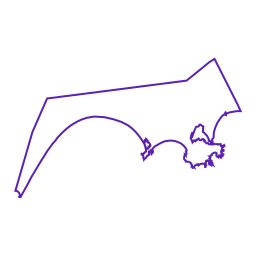 outline of Al Burayqah, `Adan, Yemen
{"feature_id": "15242507B61395835555859", "entity_name": "Al Burayqah", "entity_type": "district", "adm_level": 2, "iso_a3": "YEM", "parent_name": "Yemen", "parent_adm1": "`Adan", "projection": "equal_earth", "projection_center": [44.818, 12.796], "detail": "fine", "context": "isolated", "style": "outline", "palette": "violet", "viewbox_px": 256, "rotation_deg": 0, "n_neighbors": 0, "source": "geoboundaries", "source_scale": "gbopen_adm2", "svg_char_len": 5962}
<svg xmlns="http://www.w3.org/2000/svg" viewBox="0 0 256 256"><path d="M214.5,58.9L209.3,62.2L186.6,80.6L47.1,98.5L32.4,132.1L15.4,190.8L16.7,191.0L17.9,191.6L19.0,192.7L19.7,194.2L19.9,195.5L19.1,196.8L19.4,197.1L20.7,197.0L21.0,196.2L27.2,185.1L31.6,176.7L40.6,161.7L47.2,151.2L52.3,144.1L55.5,140.5L57.4,137.7L61.9,133.0L66.7,128.6L71.1,125.2L77.2,121.6L81.7,119.5L86.8,117.8L92.6,116.8L95.2,116.6L104.5,117.2L113.6,119.3L121.3,121.9L128.1,125.4L131.8,128.2L135.7,132.0L138.1,134.8L141.6,139.5L144.4,144.0L143.2,141.8L143.3,141.4L143.9,141.4L144.3,141.8L144.4,142.1L144.8,140.6L145.1,140.9L145.1,140.5L145.5,140.3L145.4,140.1L145.5,139.9L145.6,140.0L145.5,140.5L145.8,140.5L145.7,140.2L145.9,140.5L146.1,140.0L146.1,139.5L146.4,139.5L146.4,139.2L146.6,139.4L147.7,140.9L147.5,141.3L147.6,141.5L147.8,141.8L148.1,141.5L147.9,141.9L148.1,142.0L148.1,142.3L148.2,142.5L148.6,142.2L148.5,142.4L148.9,142.6L150.2,144.5L150.1,145.0L150.3,145.4L150.1,145.5L150.2,145.8L150.4,145.5L150.1,146.3L149.7,146.6L149.2,146.6L149.4,146.8L149.0,147.0L149.0,147.3L148.8,147.4L148.8,147.6L148.4,148.3L147.7,149.2L147.8,148.7L147.2,148.8L147.2,148.3L146.2,148.8L146.2,148.1L146.0,148.6L145.9,148.1L146.1,148.1L144.7,144.8L144.8,144.3L144.7,144.2L144.6,144.8L145.2,146.5L145.9,149.2L146.1,151.5L145.4,152.0L145.0,152.1L144.5,153.0L143.7,152.8L143.3,152.4L143.7,152.9L143.8,153.2L143.4,154.0L143.0,154.5L142.5,154.6L141.9,153.7L141.6,153.7L141.5,154.0L142.0,154.9L142.8,155.2L143.1,155.7L143.4,156.3L143.3,158.1L143.7,158.8L144.1,159.2L144.1,159.5L145.0,158.5L146.0,157.8L146.9,156.2L147.3,155.8L147.6,155.9L148.2,155.2L149.0,154.8L149.4,154.1L149.7,153.9L149.7,153.4L149.5,153.8L149.2,153.8L148.8,153.2L148.8,152.2L149.0,151.4L149.8,151.3L149.8,152.3L150.0,152.4L150.6,151.4L150.7,151.0L150.5,150.8L150.8,150.1L151.7,150.0L152.3,150.7L152.1,151.0L152.0,153.3L153.0,152.1L152.8,150.5L152.3,150.3L152.1,149.9L152.5,148.7L154.7,146.5L156.1,145.6L157.0,145.3L158.7,144.1L162.7,142.1L165.5,141.1L170.0,140.6L172.3,140.6L175.9,141.3L180.3,143.1L181.8,144.1L183.7,145.7L185.7,148.2L186.2,148.9L186.7,150.2L186.6,150.8L185.9,151.2L186.5,153.3L186.5,154.0L186.1,154.5L185.4,154.6L185.3,154.8L185.5,154.8L185.6,155.3L185.1,154.8L185.2,155.4L185.0,154.9L184.7,154.8L184.7,155.8L184.1,156.8L184.2,159.2L185.0,160.1L185.8,160.5L185.8,161.6L188.6,161.8L189.7,162.2L191.3,163.5L191.2,164.4L192.2,165.4L192.1,166.0L191.8,166.1L191.6,166.9L192.4,167.2L192.6,167.4L192.5,167.8L192.8,168.0L193.9,167.2L194.2,167.4L194.0,166.9L194.8,165.7L196.7,164.5L197.2,164.9L197.5,164.3L198.3,164.1L199.0,164.4L198.9,164.6L199.0,165.1L199.5,164.6L200.3,164.1L202.1,163.6L203.9,163.9L204.7,164.4L204.8,164.9L205.2,165.4L205.1,167.0L205.8,167.1L205.5,166.9L205.4,166.4L205.5,166.4L205.4,166.2L205.6,165.7L206.1,165.2L205.6,164.9L205.8,164.0L205.3,163.9L205.2,163.0L205.9,162.2L206.2,161.7L206.0,161.1L206.3,160.7L207.3,160.4L207.7,160.4L208.2,161.1L208.2,160.7L209.0,161.0L209.7,161.9L209.7,162.5L208.9,163.5L209.4,164.5L209.5,165.4L209.4,164.6L209.9,164.5L210.4,164.8L210.2,164.4L210.4,164.0L210.2,163.2L209.8,162.5L209.9,162.0L210.4,161.7L210.8,161.9L211.1,163.1L211.3,163.1L212.2,164.3L212.9,164.8L212.5,163.8L212.3,162.7L211.6,161.9L211.7,161.3L212.1,161.4L210.2,159.7L210.0,158.6L209.4,158.5L209.7,158.0L209.7,157.4L210.4,157.4L211.0,157.9L210.1,156.9L210.8,157.1L210.2,156.8L210.2,156.5L210.5,156.3L210.5,155.9L210.9,155.4L211.2,155.4L211.6,155.9L210.9,154.9L211.6,155.8L211.4,155.3L211.8,155.0L211.6,154.8L211.8,154.3L212.8,153.4L214.5,152.6L215.8,152.6L216.6,153.2L216.3,155.5L216.7,156.3L218.4,157.5L218.9,156.5L218.8,155.5L220.0,155.3L220.5,156.3L220.6,157.3L220.9,157.4L221.1,157.8L221.3,157.7L221.3,157.4L221.0,156.3L221.4,155.2L221.6,155.1L222.1,155.5L222.5,155.4L222.7,155.6L222.8,155.2L223.0,155.0L222.6,154.9L222.8,154.5L222.5,154.5L222.3,154.2L222.2,153.9L222.4,153.6L222.3,153.4L221.9,153.5L221.5,153.0L221.5,152.5L221.2,152.5L221.4,151.4L221.1,151.0L221.3,150.5L222.0,149.8L222.6,150.4L222.8,150.8L223.5,151.0L223.7,150.7L223.6,150.1L223.2,150.0L222.5,150.1L222.0,149.5L222.0,148.2L224.4,146.0L224.8,144.8L224.6,145.2L223.8,145.6L223.8,145.3L223.5,145.5L222.8,146.2L222.8,145.8L222.6,145.9L222.7,146.2L222.0,146.5L221.2,146.0L222.1,145.2L221.2,145.8L220.7,145.0L220.7,144.3L220.3,144.3L220.3,144.1L217.9,144.6L217.7,144.4L217.7,144.1L214.0,144.1L213.8,143.8L212.5,144.2L212.0,143.9L212.1,144.9L211.8,144.4L211.9,144.1L211.7,144.1L211.7,144.3L211.0,144.4L209.2,144.4L208.6,143.9L208.3,143.2L207.8,143.0L206.9,143.4L206.4,143.1L206.1,142.7L205.7,142.6L205.3,142.3L205.3,141.6L204.6,140.2L204.0,139.7L203.9,139.9L203.8,139.4L203.3,139.1L202.9,139.0L202.4,139.4L201.7,139.4L201.2,140.2L200.5,140.3L199.6,140.1L198.7,138.6L198.1,139.3L197.6,139.5L197.1,139.3L196.7,139.7L196.2,140.0L196.3,140.2L196.0,140.3L195.7,141.1L195.4,141.4L194.1,140.4L193.2,140.6L193.1,140.9L193.2,141.3L192.9,141.3L192.8,141.7L192.9,142.0L192.5,142.5L192.0,140.9L190.6,138.0L191.1,136.5L191.5,136.6L191.7,136.3L191.7,135.2L191.4,135.0L191.6,134.8L191.6,134.2L191.8,134.2L192.1,133.8L192.2,132.9L192.8,132.8L192.3,134.3L192.4,135.0L192.1,135.6L192.2,136.4L191.9,137.5L191.9,137.8L194.3,130.8L196.0,127.0L196.7,126.6L197.7,126.7L198.5,126.4L198.9,126.1L199.5,124.7L200.6,124.7L201.9,125.8L203.3,126.4L203.0,128.2L203.1,128.3L203.0,132.0L203.9,132.3L203.7,132.3L204.1,132.8L204.0,132.5L207.0,135.8L208.9,139.4L208.6,140.4L208.8,140.8L210.4,141.6L211.8,140.9L211.6,142.8L211.4,142.6L211.2,142.9L212.1,143.0L212.3,143.3L212.3,142.9L212.8,142.6L212.7,142.2L212.5,141.9L212.4,141.2L212.1,140.8L212.2,139.4L212.4,138.9L212.9,138.6L213.6,137.5L213.9,132.3L214.6,129.7L215.7,126.6L217.6,122.4L218.7,120.8L220.1,118.7L222.3,115.9L224.5,114.2L225.0,114.1L225.6,115.6L225.6,115.2L225.1,113.1L225.6,112.4L225.8,112.7L225.5,112.7L225.3,113.3L225.9,115.3L225.8,115.9L226.0,115.5L225.7,114.3L225.8,114.1L228.1,112.9L230.5,112.2L237.1,111.1L240.6,111.1L237.7,104.7L227.6,84.7L214.5,58.9Z" fill="none" stroke="#5b21b6" stroke-width="2"/></svg>